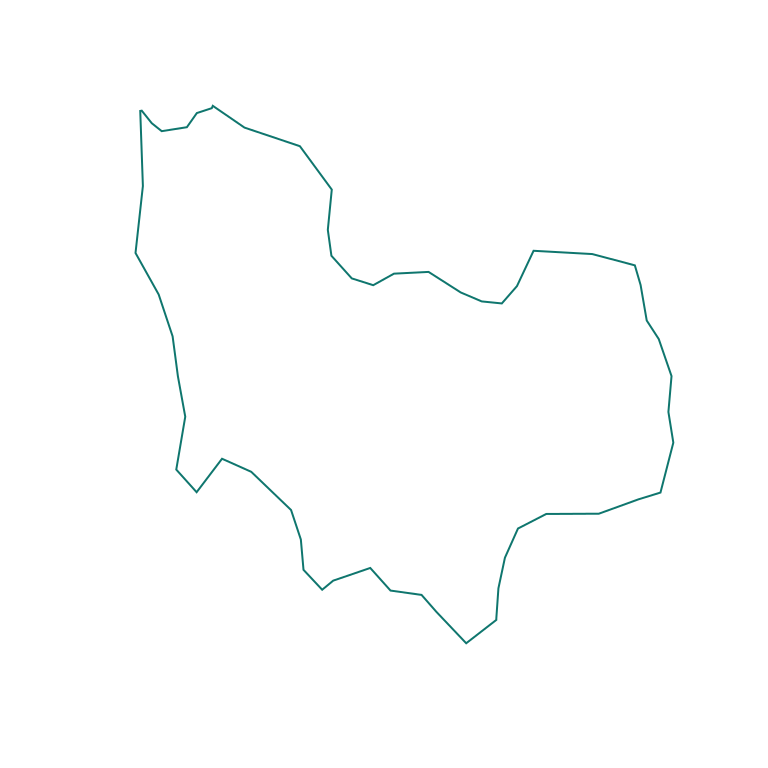 Töreboda, Västra Götaland, Sweden (Mercator projection), rotated 282°
{"feature_id": "70781695B31041938637991", "entity_name": "Töreboda", "entity_type": "district", "adm_level": 2, "iso_a3": "SWE", "parent_name": "Sweden", "parent_adm1": "Västra Götaland", "projection": "mercator", "projection_center": [14.213, 58.696], "detail": "fine", "context": "isolated", "style": "outline", "palette": "teal", "viewbox_px": 768, "rotation_deg": 282, "n_neighbors": 0, "source": "geoboundaries", "source_scale": "gbopen_adm2", "svg_char_len": 908}
<svg xmlns="http://www.w3.org/2000/svg" viewBox="0 0 768 768"><g transform="rotate(282 384 384)"><path d="M620.5,158.7L618.0,158.2L610.1,144.6L594.2,137.8L585.1,114.0L590.8,102.6L601.0,90.2L600.4,88.8L527.5,107.0L460.5,113.7L424.7,145.0L386.7,167.3L367.6,174.1L348.7,180.8L310.7,196.4L257.1,198.6L239.2,223.2L277.2,241.1L270.5,272.4L241.4,319.3L214.6,335.0L185.5,343.9L169.9,366.3L181.1,375.2L201.2,408.8L183.3,433.3L185.5,464.6L172.1,482.5L147.5,518.3L176.6,542.9L178.1,542.6L207.9,538.4L239.2,538.4L270.5,545.1L290.6,569.7L301.8,621.1L324.1,656.9L335.3,677.0L386.7,679.2L387.3,679.0L415.8,668.0L451.5,663.6L485.1,643.4L500.7,627.8L534.2,614.4L552.2,604.7L554.4,560.7L545.4,502.6L507.4,493.7L487.3,482.5L485.1,462.4L489.5,440.0L502.9,404.3L494.0,370.8L478.4,352.9L480.6,330.5L498.5,305.9L523.1,297.0L563.3,292.5L599.1,252.3L605.8,194.2L620.5,158.7Z" fill="none" stroke="#0f766e" stroke-width="2"/></g></svg>